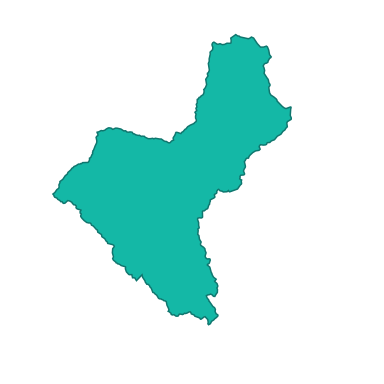 the district of Oyon, Lima, Peru, rotated 156°
{"feature_id": "86281439B90179461715440", "entity_name": "Oyon", "entity_type": "district", "adm_level": 2, "iso_a3": "PER", "parent_name": "Peru", "parent_adm1": "Lima", "projection": "orthographic", "projection_center": [-76.859, -10.718], "detail": "fine", "context": "isolated", "style": "filled", "palette": "teal", "viewbox_px": 384, "rotation_deg": 156, "n_neighbors": 0, "source": "geoboundaries", "source_scale": "gbopen_adm2", "svg_char_len": 6035}
<svg xmlns="http://www.w3.org/2000/svg" viewBox="0 0 384 384"><g transform="rotate(156 192 192)"><path d="M141.8,182.7L143.1,184.6L142.1,185.8L141.9,186.7L140.6,187.5L138.0,186.6L137.3,186.6L136.6,187.1L136.4,190.2L135.4,191.4L133.2,193.0L132.7,193.9L131.8,198.5L130.7,199.0L129.5,200.1L128.2,200.6L126.6,200.0L125.4,201.3L123.9,202.1L120.4,203.3L117.2,203.7L113.9,202.8L112.4,203.3L112.2,204.4L112.3,205.9L111.8,206.6L110.2,207.4L107.9,205.9L105.9,205.2L104.6,205.2L103.7,206.1L103.1,206.4L100.8,205.6L98.7,206.4L95.4,206.2L91.3,208.3L87.3,208.6L84.3,210.4L81.9,210.9L80.4,212.0L78.4,212.8L77.3,216.6L76.1,217.5L72.0,218.0L71.6,218.4L71.2,219.3L71.1,222.0L68.0,227.8L67.2,228.7L67.2,229.5L68.1,229.7L71.7,229.9L72.6,230.3L73.4,231.1L74.7,233.4L77.3,240.5L77.0,241.3L77.2,242.7L78.4,245.2L80.5,248.5L80.8,251.0L79.4,256.1L78.7,256.9L77.5,257.5L77.0,258.6L77.3,260.7L76.7,263.1L76.7,264.4L77.0,265.4L77.9,271.1L76.2,273.5L75.7,276.3L75.7,278.2L74.0,279.5L72.5,279.7L71.5,279.4L69.9,279.7L69.2,280.7L66.7,282.6L65.7,282.6L64.7,283.2L65.3,285.9L64.2,290.5L64.1,293.9L64.7,295.0L67.8,295.3L70.5,296.5L72.0,301.0L73.1,307.6L74.7,309.4L76.6,309.0L78.2,309.1L85.0,314.1L85.4,315.1L86.9,316.1L88.0,318.0L94.0,316.8L94.5,314.7L95.7,312.4L96.6,312.3L99.6,313.7L102.2,313.6L104.4,314.3L106.1,316.1L107.9,316.3L108.9,316.8L111.0,320.0L112.3,319.9L113.1,319.3L113.8,318.5L114.1,317.2L114.0,316.0L115.0,314.1L115.6,313.5L118.6,312.4L119.3,310.5L122.2,306.6L123.1,304.4L124.8,302.8L126.6,296.2L128.5,294.4L129.6,294.2L130.1,293.1L130.1,291.6L133.6,289.4L135.0,284.1L137.0,282.2L138.2,281.4L139.6,280.8L139.7,279.8L140.5,278.1L142.2,276.4L144.8,276.0L145.6,275.4L147.1,275.5L148.4,274.4L149.1,274.6L149.6,274.4L151.1,271.1L152.4,270.4L152.9,267.8L153.2,267.4L154.0,267.2L154.5,266.5L154.4,265.1L154.6,264.3L156.1,264.1L156.9,263.5L156.6,261.5L157.9,259.9L158.7,258.0L158.6,256.5L159.1,255.3L159.6,254.7L161.5,254.3L162.3,253.8L166.3,253.8L169.4,253.4L171.9,252.1L172.9,252.1L175.6,250.8L177.0,250.7L178.4,249.9L180.9,252.2L182.2,253.0L183.0,252.6L183.4,251.9L185.1,250.5L187.1,249.2L187.4,248.7L187.7,246.9L189.9,246.9L191.9,246.0L192.9,246.1L194.2,247.4L194.4,248.0L195.1,248.8L195.9,249.1L196.7,249.9L198.5,252.9L200.2,253.7L203.6,256.0L205.3,256.1L206.0,257.0L208.5,257.7L210.4,258.6L212.6,261.2L212.8,262.2L215.0,263.4L215.8,263.4L216.9,265.2L218.2,265.6L220.2,267.2L221.0,268.5L222.0,269.1L222.4,271.0L224.3,272.2L225.1,272.2L227.0,273.2L227.7,274.9L229.5,275.6L231.3,278.4L234.5,280.8L236.1,281.5L238.8,281.4L239.2,281.7L239.5,282.8L241.0,284.0L242.3,284.6L244.8,284.4L246.6,283.9L248.6,284.2L250.0,285.1L253.2,284.9L254.3,285.3L254.6,284.9L254.4,283.2L255.1,281.8L256.4,281.6L257.4,280.9L258.2,277.3L259.2,275.6L261.7,273.5L264.9,270.3L265.8,269.9L266.1,269.2L266.7,268.7L267.2,267.3L268.1,266.9L270.5,264.7L271.9,264.6L272.5,263.1L273.8,261.8L274.9,261.3L279.9,263.3L281.6,262.9L282.2,263.3L283.0,263.1L284.4,263.7L287.4,263.2L289.4,263.3L290.5,262.7L292.1,262.5L293.9,261.4L297.3,260.4L298.8,259.0L301.1,258.5L304.9,256.1L308.4,255.3L308.7,254.4L310.7,252.6L311.3,250.7L312.3,249.6L314.6,249.1L317.5,247.3L319.9,246.7L319.5,245.0L319.7,244.2L319.5,243.1L317.9,241.4L317.6,239.9L316.2,238.0L315.8,236.5L314.6,236.0L314.3,234.2L313.7,233.7L312.5,233.5L309.0,234.7L307.5,233.6L305.9,231.4L305.9,230.3L305.2,228.4L304.0,227.7L303.6,226.8L303.5,226.1L304.3,224.9L304.2,223.9L303.2,222.7L300.8,220.7L301.0,220.3L302.3,219.5L302.7,218.1L302.2,217.6L302.2,216.8L303.4,215.5L303.6,214.8L303.2,212.8L302.2,209.9L300.6,207.0L298.9,205.7L297.9,205.3L297.2,204.4L297.3,202.6L296.0,201.1L294.6,196.6L293.9,195.8L294.4,193.6L292.0,190.0L292.5,187.8L290.7,184.9L290.4,182.1L289.7,180.9L289.9,179.3L285.9,176.2L285.1,175.0L285.3,173.7L287.5,172.5L289.5,168.8L290.0,165.1L290.2,164.6L291.6,163.4L291.5,161.7L290.1,158.9L290.2,158.3L289.4,157.5L289.2,156.7L288.4,156.2L287.1,154.7L286.7,153.7L283.2,150.7L283.6,149.6L284.1,149.0L284.4,145.8L283.3,142.4L282.6,141.8L280.6,141.0L281.2,137.8L279.8,137.2L279.0,136.4L279.1,135.7L278.8,133.6L271.3,136.7L271.8,134.2L271.1,130.0L271.3,128.8L270.8,126.1L269.7,125.5L268.9,123.9L269.0,122.3L268.4,120.7L268.6,116.2L267.6,115.3L267.3,114.0L266.2,112.1L265.8,108.5L265.2,107.7L263.6,106.7L263.3,106.1L262.3,105.1L261.8,104.0L260.7,103.4L260.1,102.3L260.9,98.7L260.8,95.5L261.0,93.7L262.3,92.6L261.5,91.9L260.5,89.5L260.8,88.6L260.0,87.7L258.3,87.2L257.3,85.3L256.2,84.6L254.9,84.4L253.5,85.5L252.6,85.4L250.5,83.9L249.3,83.9L248.3,84.3L247.3,83.6L245.6,83.4L243.7,83.6L242.4,83.3L242.1,82.5L242.2,80.9L240.2,79.0L239.9,77.4L236.5,74.1L236.0,73.2L236.0,72.4L235.3,72.1L231.9,72.9L230.8,72.8L229.5,69.1L230.2,66.4L231.1,65.1L230.8,64.0L228.8,64.2L226.7,65.9L224.1,66.3L223.0,66.9L220.7,67.4L218.8,68.2L218.5,68.7L218.4,69.3L219.5,71.0L219.5,73.5L218.4,75.2L218.4,76.5L218.5,77.3L219.5,78.9L220.6,84.9L220.9,85.5L220.6,86.3L221.3,89.2L221.1,91.4L219.7,91.6L217.5,91.1L216.5,91.2L215.4,89.8L215.0,88.4L214.6,87.8L213.6,87.3L211.8,88.7L209.7,89.9L208.4,92.5L208.3,94.2L207.1,95.0L206.6,95.8L206.4,98.2L207.6,100.9L207.6,101.4L206.8,101.6L205.4,102.5L206.8,105.0L207.1,106.3L207.2,108.9L206.9,109.7L207.2,110.3L206.3,116.1L207.7,119.0L207.3,119.6L205.8,119.7L205.0,120.1L203.0,122.4L202.9,123.5L203.5,124.0L205.1,124.5L205.9,125.4L206.1,126.2L206.3,127.5L206.0,128.2L203.9,130.7L203.8,133.2L203.3,134.9L203.9,136.8L205.7,139.7L205.6,140.4L205.4,141.1L204.0,142.6L204.4,145.8L203.4,149.5L204.0,150.9L202.0,154.3L201.8,155.8L200.5,156.0L199.9,156.6L199.5,158.8L198.4,161.3L198.1,164.5L197.7,165.4L197.2,165.7L195.6,165.4L194.2,164.5L192.9,164.5L192.5,164.9L190.4,170.0L189.7,170.2L188.3,169.8L186.1,170.5L184.8,170.4L184.2,170.7L182.2,173.0L180.7,173.9L180.5,174.7L178.9,176.3L178.8,177.1L178.4,177.4L174.4,177.6L173.1,178.1L172.8,180.0L172.5,180.6L170.1,180.9L169.6,181.3L169.2,182.5L167.5,183.6L166.5,183.6L165.9,181.7L164.2,180.5L163.4,179.3L159.9,178.0L158.1,178.5L158.0,177.4L157.5,176.8L149.2,176.2L145.1,178.7L143.6,179.2L143.2,179.7L142.4,182.4L141.8,182.7Z" fill="#14b8a6" stroke="#0f766e" stroke-width="1.5"/></g></svg>